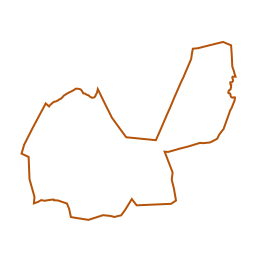 San Pedro Coxcaltepec Cántaros, Oaxaca, Mexico (Natural Earth projection), rotated 6°
{"feature_id": "50627088B12949539755090", "entity_name": "San Pedro Coxcaltepec Cántaros", "entity_type": "district", "adm_level": 2, "iso_a3": "MEX", "parent_name": "Mexico", "parent_adm1": "Oaxaca", "projection": "natural_earth1", "projection_center": [-97.096, 17.53], "detail": "fine", "context": "isolated", "style": "outline", "palette": "amber", "viewbox_px": 256, "rotation_deg": 6, "n_neighbors": 0, "source": "geoboundaries", "source_scale": "gbopen_adm2", "svg_char_len": 2105}
<svg xmlns="http://www.w3.org/2000/svg" viewBox="0 0 256 256"><g transform="rotate(6 128 128)"><path d="M221.9,35.0L213.5,32.5L201.0,37.0L189.3,41.3L184.2,42.4L183.8,47.3L183.6,52.8L177.8,71.7L175.8,77.3L170.7,93.4L167.9,102.9L165.5,110.2L159.7,128.9L157.0,137.2L152.0,137.2L144.1,137.3L138.9,137.3L127.2,137.4L123.7,133.6L110.8,119.3L108.4,115.4L105.0,110.2L94.6,93.6L93.9,92.5L93.5,95.9L93.1,97.0L92.7,97.9L92.5,98.5L92.3,99.2L92.0,100.2L91.1,101.1L89.4,101.7L88.1,101.4L87.3,100.9L86.6,100.7L85.4,99.6L84.4,99.5L82.3,98.7L81.8,98.3L80.8,98.2L79.8,98.2L79.3,97.2L78.4,96.2L77.4,94.9L76.2,94.4L74.1,94.2L71.9,94.4L70.7,95.5L68.2,97.3L66.7,98.2L65.9,98.7L64.9,99.3L64.3,99.8L63.2,100.5L61.9,101.7L60.7,102.6L59.3,104.6L58.6,105.3L57.9,106.2L56.5,106.8L55.8,107.6L55.4,108.0L54.4,108.5L53.8,109.0L52.7,109.4L51.6,109.7L50.2,111.0L49.5,111.9L49.1,112.2L47.9,113.6L47.2,114.8L43.6,112.2L33.1,138.1L26.5,155.4L24.8,164.6L32.2,167.2L35.4,189.2L42.2,206.3L42.3,212.8L46.1,211.0L49.2,208.8L52.4,209.1L60.7,207.0L61.7,207.0L61.9,207.6L65.9,207.4L75.2,209.5L77.9,214.6L80.5,222.5L82.7,222.7L98.3,223.5L112.3,217.3L119.8,217.3L123.9,217.9L126.5,216.9L126.9,216.7L130.3,215.6L133.8,209.6L139.2,198.3L144.7,204.0L178.8,198.9L183.3,195.1L180.0,183.4L176.9,174.9L177.0,167.5L166.9,147.7L170.5,147.6L182.2,142.9L190.3,139.9L201.1,135.3L204.5,135.2L211.1,133.8L213.8,132.1L217.8,129.4L218.2,128.4L219.4,125.0L222.1,120.6L223.1,119.2L227.3,102.0L227.7,100.0L228.8,97.7L231.1,89.5L231.2,86.5L230.0,86.4L229.4,86.6L228.9,86.9L228.5,86.9L227.6,86.5L227.1,86.0L226.7,85.3L226.4,84.2L226.1,83.3L225.4,82.8L224.7,82.8L224.4,82.9L224.1,82.6L224.0,81.6L224.3,80.5L224.6,79.9L225.0,79.6L225.5,79.3L226.0,78.7L226.0,78.4L226.0,77.8L226.1,77.4L226.3,76.8L226.2,76.4L226.1,76.0L226.0,75.4L226.1,75.0L226.2,74.7L226.2,74.3L226.0,74.2L225.8,74.2L225.5,74.1L225.3,73.7L225.0,72.7L225.0,71.9L225.3,71.9L226.4,71.7L226.8,71.5L227.3,70.7L227.4,69.6L227.3,68.8L227.0,68.3L226.6,67.4L226.4,66.6L226.6,66.1L229.6,65.7L229.3,65.1L228.0,62.2L227.6,60.9L225.3,56.0L223.6,44.9L221.9,35.0Z" fill="none" stroke="#b45309" stroke-width="2"/></g></svg>